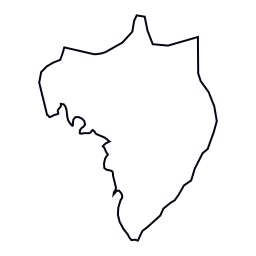 the border of Macenta
{"feature_id": "GIN-5651", "entity_name": "Macenta", "entity_type": "Prefecture", "adm_level": 1, "iso_a3": "GIN", "parent_name": "Guinea", "parent_adm1": "", "projection": "mercator", "projection_center": [-9.497, 8.422], "detail": "fine", "context": "isolated", "style": "outline", "palette": "ink", "viewbox_px": 256, "rotation_deg": 0, "n_neighbors": 0, "source": "natural_earth", "source_scale": "10m", "svg_char_len": 1623}
<svg xmlns="http://www.w3.org/2000/svg" viewBox="0 0 256 256"><path d="M72.3,125.8L70.0,123.3L68.2,120.4L67.4,117.3L66.4,109.4L65.4,106.5L63.7,104.3L60.8,103.9L60.9,106.0L60.1,107.4L58.9,108.7L57.8,110.2L57.8,111.5L58.3,112.8L58.1,113.9L54.0,115.1L51.0,116.7L49.5,117.1L48.7,116.1L47.9,115.3L47.1,114.9L39.2,82.6L41.2,72.0L46.8,66.4L52.8,62.8L60.3,59.8L62.3,54.2L64.3,47.4L93.9,54.2L96.9,54.1L101.5,53.4L105.5,52.1L122.4,42.6L132.3,31.7L134.2,20.6L136.7,15.4L144.7,16.7L147.5,30.7L152.8,44.2L168.0,45.6L197.9,37.0L198.2,73.5L200.7,81.1L208.7,92.2L214.3,106.4L216.8,121.2L213.7,132.3L210.2,141.9L207.7,149.0L202.7,153.1L194.7,168.8L191.2,180.4L184.0,185.4L181.2,190.3L178.4,195.1L174.6,200.4L170.8,202.6L163.4,208.6L160.3,215.5L148.0,226.6L142.3,231.1L137.9,240.6L134.9,239.7L131.4,240.1L129.2,237.3L127.7,234.4L123.4,228.9L119.6,221.8L117.9,214.8L118.3,207.7L120.5,200.4L120.7,199.9L121.9,198.3L122.3,196.6L122.0,194.9L121.1,193.1L119.2,190.8L117.4,190.6L115.6,192.0L113.6,194.4L113.9,192.5L115.7,189.4L116.0,187.7L113.0,175.5L113.0,173.5L112.4,171.5L110.8,170.6L106.7,169.8L104.3,168.0L104.0,163.5L105.1,158.7L106.7,156.0L107.5,155.3L107.8,154.5L107.5,153.8L106.7,153.0L105.8,151.3L105.1,149.5L104.3,147.7L102.8,146.2L104.6,144.4L105.6,143.5L106.7,142.9L107.4,142.6L109.5,141.4L108.6,140.9L107.4,139.6L104.5,137.5L96.1,134.0L94.0,131.0L92.6,130.0L91.4,131.3L90.6,132.5L89.4,133.1L88.0,133.2L86.6,133.1L83.7,133.2L81.2,133.7L79.7,133.3L80.0,130.2L81.5,128.1L83.7,126.5L85.1,124.5L84.2,120.9L82.0,118.7L78.7,117.1L75.4,117.1L73.4,119.5L72.9,122.9L72.9,125.4L72.3,125.8Z" fill="none" stroke="#020617" stroke-width="2"/></svg>